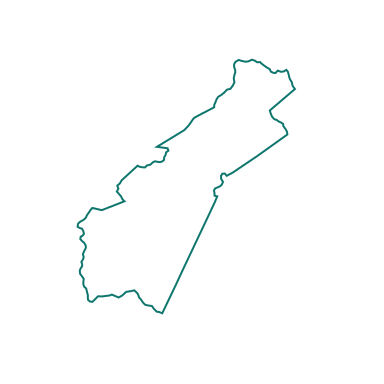 Paramoti, Ceará, Brazil (Mercator projection), rotated 327°
{"feature_id": "56859067B60810447740053", "entity_name": "Paramoti", "entity_type": "district", "adm_level": 2, "iso_a3": "BRA", "parent_name": "Brazil", "parent_adm1": "Ceará", "projection": "mercator", "projection_center": [-39.374, -4.17], "detail": "fine", "context": "isolated", "style": "outline", "palette": "teal", "viewbox_px": 384, "rotation_deg": 327, "n_neighbors": 0, "source": "geoboundaries", "source_scale": "gbopen_adm2", "svg_char_len": 2367}
<svg xmlns="http://www.w3.org/2000/svg" viewBox="0 0 384 384"><g transform="rotate(327 192 192)"><path d="M219.2,135.9L187.2,135.0L195.3,142.0L194.7,144.5L192.0,144.6L190.2,146.4L187.7,147.6L186.1,149.8L183.9,150.2L181.4,149.5L179.5,147.9L177.7,146.1L175.4,145.8L171.9,146.4L168.6,145.2L166.0,145.8L163.8,144.2L161.7,142.2L160.7,140.3L139.3,143.9L136.2,145.5L132.8,146.0L132.1,149.1L129.2,150.7L129.6,153.1L130.1,157.0L129.7,160.1L130.3,163.0L106.5,158.1L99.7,151.1L96.9,151.9L94.2,153.1L91.1,154.3L88.9,155.8L85.9,156.3L83.2,156.1L81.0,156.1L78.9,156.7L77.1,158.9L78.3,161.1L79.8,163.0L79.5,165.7L78.6,168.2L76.6,169.0L74.3,168.9L72.7,170.6L73.0,172.9L73.9,176.0L73.6,179.3L72.6,181.0L70.0,182.5L66.7,184.6L65.7,187.6L64.0,189.1L61.1,190.4L60.7,192.5L59.4,194.4L57.1,195.4L55.1,196.7L53.6,199.7L53.8,202.4L53.9,205.8L52.2,207.9L50.6,210.2L50.0,212.7L50.7,215.3L49.4,218.9L48.4,222.0L47.2,223.6L46.1,225.9L46.8,228.3L48.6,229.9L52.6,229.1L56.3,228.3L60.1,230.8L66.3,233.8L68.9,234.4L71.2,237.8L73.0,240.5L76.9,240.8L79.4,240.4L82.4,239.9L87.3,242.1L90.0,243.0L90.9,246.4L91.0,248.5L90.2,251.5L90.7,254.7L90.6,257.1L90.9,259.2L91.4,261.2L92.9,262.8L96.3,265.8L96.4,269.1L97.2,273.1L99.1,274.8L101.0,277.5L127.5,261.3L140.6,253.1L169.6,235.2L193.6,220.4L205.2,213.2L210.8,209.4L208.9,207.4L210.3,205.1L211.3,202.6L213.4,201.6L216.2,202.1L218.9,202.5L221.1,202.0L223.5,200.4L223.6,196.8L225.1,194.3L227.4,193.2L229.6,194.4L229.9,197.3L236.0,197.9L266.0,197.4L303.3,195.7L304.5,193.2L304.7,190.1L304.5,186.5L305.5,184.5L304.3,181.9L303.0,179.9L302.3,177.7L300.7,175.8L300.2,172.7L300.6,169.6L301.7,166.0L334.4,161.7L334.2,157.7L335.5,154.3L335.6,150.5L336.3,148.1L337.1,146.1L337.9,143.3L337.6,140.9L334.7,140.9L332.0,139.6L330.0,136.9L326.8,137.7L325.1,136.3L323.7,134.0L324.1,131.3L322.5,128.1L321.4,125.4L320.4,122.6L319.8,120.1L317.3,118.7L316.2,116.0L314.3,113.7L310.2,113.1L307.6,111.7L305.2,109.3L303.1,106.7L299.4,106.5L296.9,107.8L295.4,110.1L294.6,113.4L293.3,115.4L291.3,117.0L288.9,119.4L287.3,123.1L284.2,125.0L280.3,126.4L277.1,125.2L273.0,126.2L269.0,126.6L265.9,126.4L263.0,127.7L260.3,129.7L258.1,131.0L256.8,133.0L254.7,132.8L251.8,132.6L248.9,132.3L246.2,132.1L243.6,131.7L241.0,131.6L238.8,131.3L236.6,131.2L234.3,131.0L232.0,131.7L229.7,132.7L226.2,134.1L223.8,134.8L221.8,135.3L219.2,135.9Z" fill="none" stroke="#0f766e" stroke-width="2"/></g></svg>